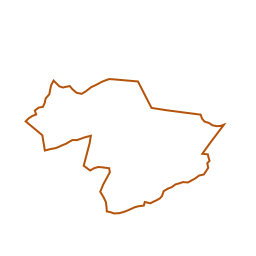 outline of Meruoca, Ceará, Brazil, rotated 327°
{"feature_id": "56859067B26232232451601", "entity_name": "Meruoca", "entity_type": "district", "adm_level": 2, "iso_a3": "BRA", "parent_name": "Brazil", "parent_adm1": "Ceará", "projection": "mercator", "projection_center": [-40.459, -3.57], "detail": "fine", "context": "isolated", "style": "outline", "palette": "amber", "viewbox_px": 256, "rotation_deg": 327, "n_neighbors": 0, "source": "geoboundaries", "source_scale": "gbopen_adm2", "svg_char_len": 1320}
<svg xmlns="http://www.w3.org/2000/svg" viewBox="0 0 256 256"><g transform="rotate(327 128 128)"><path d="M74.5,194.8L80.3,196.5L86.7,197.6L90.4,198.1L94.6,199.5L99.0,201.7L101.8,199.2L105.7,203.3L109.5,203.7L112.9,204.2L116.4,204.4L119.4,203.6L123.5,200.4L128.7,200.6L132.2,201.4L137.2,201.2L141.1,202.4L144.6,203.3L148.6,206.3L152.8,206.6L156.8,206.9L161.8,206.6L166.3,208.3L169.6,206.8L173.6,205.1L175.3,200.7L178.5,200.0L179.5,196.5L180.6,193.6L176.3,190.1L190.2,184.7L210.2,177.5L206.8,176.7L203.4,174.8L200.2,171.6L198.8,168.1L195.7,164.3L195.2,160.4L196.2,156.4L170.0,134.1L158.7,124.0L159.3,117.6L160.4,107.0L161.7,94.4L142.1,79.1L138.6,76.6L135.5,75.9L131.3,75.0L127.3,74.7L123.5,74.3L119.3,73.7L112.4,74.3L107.7,74.1L104.0,70.4L102.5,65.2L102.0,61.1L95.5,58.6L93.1,55.7L91.4,47.7L86.7,50.4L83.2,53.9L80.3,56.9L75.0,58.4L71.8,61.6L68.2,63.9L64.3,62.3L59.4,62.6L58.3,66.7L54.4,65.8L50.0,65.8L45.8,66.7L52.2,87.4L46.0,101.6L51.4,103.4L56.2,105.4L59.4,106.1L62.6,106.5L67.8,107.5L71.3,107.6L74.8,107.8L78.8,110.4L84.1,111.7L87.8,112.6L92.6,114.3L87.6,119.8L70.3,135.5L73.1,143.0L77.9,143.3L81.8,144.5L84.9,146.9L90.3,151.5L88.6,155.3L84.7,157.4L81.4,159.2L76.9,161.6L70.0,166.3L69.8,172.7L69.1,178.2L66.9,182.6L64.8,186.4L67.6,189.2L69.8,192.1L74.5,194.8Z" fill="none" stroke="#b45309" stroke-width="2"/></g></svg>